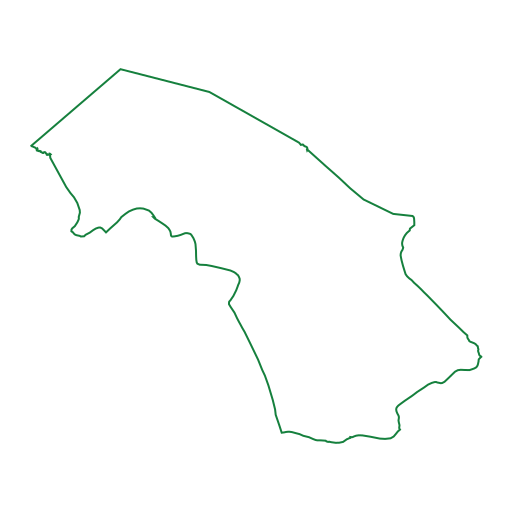 Loroum, Loroum, Burkina Faso
{"feature_id": "67063806B11896750408185", "entity_name": "Loroum", "entity_type": "district", "adm_level": 2, "iso_a3": "BFA", "parent_name": "Burkina Faso", "parent_adm1": "Loroum", "projection": "orthographic", "projection_center": [-2.146, 13.922], "detail": "fine", "context": "isolated", "style": "outline", "palette": "green", "viewbox_px": 512, "rotation_deg": 0, "n_neighbors": 0, "source": "geoboundaries", "source_scale": "gbopen_adm2", "svg_char_len": 4169}
<svg xmlns="http://www.w3.org/2000/svg" viewBox="0 0 512 512"><path d="M30.7,146.3L31.5,146.0L35.3,147.7L36.4,148.6L36.6,149.5L37.4,148.6L37.6,149.1L37.4,150.6L38.5,151.1L39.7,150.9L40.6,151.2L40.6,151.9L41.7,152.2L42.1,152.5L42.4,152.9L43.3,153.0L44.2,152.1L45.3,152.3L45.7,152.8L45.8,153.4L46.9,154.0L46.9,154.8L47.4,154.9L48.8,154.7L49.4,153.6L49.9,153.7L50.7,154.4L50.0,154.9L50.3,157.9L66.2,187.0L70.4,193.0L74.0,197.3L77.3,203.0L79.7,210.0L79.9,212.7L78.7,217.1L78.9,218.0L78.7,219.4L77.3,222.4L74.8,226.2L73.0,227.7L72.2,228.4L71.7,229.2L71.4,230.0L71.5,230.9L71.4,231.3L71.7,231.6L72.7,232.1L74.1,233.8L75.2,234.7L76.5,235.2L79.8,235.9L80.8,236.5L84.1,236.3L85.6,234.8L89.8,232.6L93.2,230.1L95.9,228.5L98.5,227.6L100.2,227.5L102.1,228.4L104.2,230.5L106.0,232.4L110.1,228.5L113.6,225.4L117.0,222.4L119.8,219.3L121.3,217.1L125.5,213.8L129.0,211.4L133.1,209.6L136.8,208.5L140.1,208.3L143.4,208.6L147.1,209.9L149.0,210.6L151.5,212.8L153.3,215.2L154.6,217.2L153.4,217.2L154.9,218.7L158.8,221.1L162.6,223.6L165.5,225.6L168.3,228.1L169.5,229.9L170.4,231.6L170.8,233.7L170.9,234.7L171.0,235.4L171.4,236.1L172.0,236.5L173.0,236.5L174.3,236.4L177.7,235.8L180.7,234.9L183.5,233.8L185.1,233.2L186.5,233.1L187.6,233.2L189.2,233.6L190.5,234.0L191.5,235.1L193.4,238.1L194.5,240.7L195.0,242.1L195.5,244.2L196.0,250.7L196.1,256.2L196.3,259.9L196.6,261.7L196.7,262.4L197.1,263.2L197.4,263.7L198.1,264.0L199.7,264.7L206.3,265.0L211.7,266.0L221.3,268.2L230.4,270.5L233.8,272.0L235.7,273.2L236.9,274.4L237.7,274.9L238.2,275.6L238.8,276.6L239.3,277.8L239.7,278.9L239.7,280.5L239.2,282.7L237.9,285.6L237.8,286.1L236.2,290.3L233.3,296.1L231.5,298.7L230.5,300.2L229.2,301.6L229.0,302.8L229.0,304.2L230.6,306.9L234.5,312.7L237.0,318.1L239.1,322.1L240.6,324.8L242.2,327.8L244.6,331.9L249.8,342.5L254.2,351.6L258.1,359.7L262.2,369.9L264.9,375.6L268.4,385.4L272.8,400.1L275.1,409.5L275.7,414.8L277.7,420.6L279.5,425.9L281.7,432.7L284.1,432.4L285.9,432.0L287.3,431.8L289.1,431.7L292.0,432.1L296.0,433.2L299.5,434.1L303.3,435.8L309.0,437.2L313.0,439.0L315.6,440.0L317.1,440.3L319.1,440.3L321.3,440.4L325.7,440.7L326.4,441.4L328.1,441.9L328.8,441.9L329.1,441.7L331.3,442.2L335.7,442.8L339.3,442.7L343.1,441.9L346.9,439.2L347.6,439.0L348.7,438.4L350.3,437.9L350.3,437.0L351.1,437.1L352.6,437.1L354.1,436.4L356.1,435.7L358.7,435.3L362.3,435.4L370.3,436.7L379.9,438.6L385.1,438.9L390.6,438.3L393.7,436.5L395.9,433.9L397.9,431.4L400.0,429.6L399.5,428.9L399.2,427.9L399.5,425.2L398.8,422.3L398.5,420.4L398.8,418.5L398.9,417.2L398.7,416.1L398.1,414.8L397.4,413.6L396.5,411.4L396.2,409.7L396.3,408.6L396.6,407.7L397.3,406.7L398.4,405.5L401.2,403.4L404.9,400.7L412.4,395.6L417.4,391.8L423.9,387.6L428.1,384.6L431.8,382.9L434.5,382.1L436.1,382.0L437.3,382.5L439.0,382.8L440.8,383.2L442.2,383.0L444.5,381.8L447.9,378.6L451.4,375.2L455.0,371.7L457.8,370.2L460.7,369.8L465.1,370.0L469.5,370.1L471.9,369.3L474.4,368.4L476.3,367.3L477.5,365.6L478.0,364.0L478.3,362.5L478.6,361.1L478.6,360.2L478.8,359.3L480.2,357.8L481.3,356.8L481.0,356.4L480.7,356.2L480.1,355.9L479.5,355.3L479.1,354.4L478.9,353.4L478.3,351.8L478.1,351.0L478.1,350.5L478.3,350.0L478.4,349.4L478.3,348.9L478.0,348.1L477.9,347.2L477.7,346.2L476.9,345.6L475.7,344.2L474.3,343.3L472.1,342.4L470.2,341.7L469.1,340.8L468.9,340.1L467.8,338.5L467.4,337.6L467.3,336.4L467.3,335.4L463.6,332.2L458.8,327.5L450.4,319.6L444.8,313.6L436.5,304.9L427.6,295.8L424.0,292.3L421.7,289.9L417.8,286.1L414.2,282.9L411.5,280.0L409.3,278.4L407.1,276.3L405.6,274.2L404.8,271.7L403.0,265.8L401.6,260.5L401.0,257.6L400.6,255.3L400.8,253.4L401.4,251.5L402.3,250.2L402.9,248.7L403.2,247.6L402.4,245.7L402.2,244.6L402.1,243.5L402.2,242.3L402.7,240.3L403.5,238.1L404.1,236.9L405.1,235.2L406.8,233.0L408.7,231.3L409.6,230.6L409.8,230.2L409.8,229.2L410.0,228.6L410.6,228.1L414.3,225.2L414.3,222.3L414.1,218.8L413.8,217.3L412.6,216.0L393.2,213.9L363.6,199.5L350.2,188.3L339.0,177.8L334.6,173.9L325.5,165.9L307.6,149.8L307.2,150.4L306.9,149.3L307.4,148.7L307.1,147.5L306.6,147.0L305.4,146.4L305.0,146.4L303.5,145.4L303.4,144.9L302.8,144.5L302.0,144.6L300.9,144.9L299.1,142.7L234.9,106.4L209.4,92.0L120.5,69.2L30.7,146.3Z" fill="none" stroke="#15803d" stroke-width="2"/></svg>